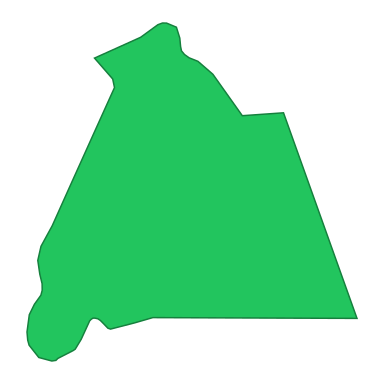 the border of Granada
{"feature_id": "NIC-655", "entity_name": "Granada", "entity_type": "Department", "adm_level": 1, "iso_a3": "NIC", "parent_name": "Nicaragua", "parent_adm1": "", "projection": "mercator", "projection_center": [-85.973, 11.905], "detail": "fine", "context": "isolated", "style": "filled", "palette": "green", "viewbox_px": 384, "rotation_deg": 0, "n_neighbors": 0, "source": "natural_earth", "source_scale": "10m", "svg_char_len": 745}
<svg xmlns="http://www.w3.org/2000/svg" viewBox="0 0 384 384"><path d="M176.4,27.2L179.8,38.1L180.6,46.6L181.5,50.9L184.5,54.5L189.1,57.8L197.9,61.3L212.9,74.3L242.3,115.7L283.5,112.8L357.0,318.4L152.8,317.6L134.9,322.8L110.5,329.1L107.9,328.2L102.5,322.6L100.3,320.4L97.9,318.8L95.2,318.2L94.2,318.1L92.9,318.2L91.3,319.2L89.7,320.8L81.2,339.3L75.2,349.2L73.1,350.6L57.9,358.4L55.9,360.4L51.8,361.0L38.8,357.5L29.1,345.2L27.7,340.1L27.0,332.0L29.3,314.7L34.4,304.3L40.9,295.2L42.2,290.3L42.1,283.7L39.8,274.2L37.8,260.4L41.0,246.3L52.2,225.8L54.9,219.8L65.4,196.4L70.6,184.8L72.5,180.6L92.3,136.7L114.5,87.6L112.7,79.0L94.5,58.1L140.6,37.3L157.9,24.7L162.5,23.0L166.6,23.1L176.4,27.2Z" fill="#22c55e" stroke="#15803d" stroke-width="1.5"/></svg>